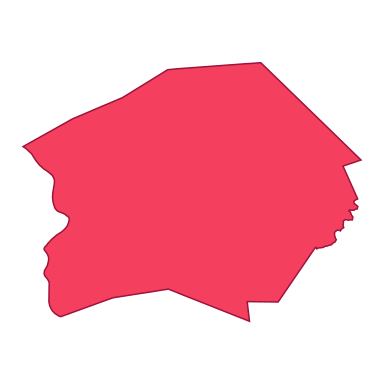 Corrente, Piauí, Brazil
{"feature_id": "56859067B28200345020958", "entity_name": "Corrente", "entity_type": "district", "adm_level": 2, "iso_a3": "BRA", "parent_name": "Brazil", "parent_adm1": "Piauí", "projection": "mercator", "projection_center": [-45.151, -10.393], "detail": "fine", "context": "isolated", "style": "filled", "palette": "rose", "viewbox_px": 384, "rotation_deg": 0, "n_neighbors": 0, "source": "geoboundaries", "source_scale": "gbopen_adm2", "svg_char_len": 1624}
<svg xmlns="http://www.w3.org/2000/svg" viewBox="0 0 384 384"><path d="M361.0,160.0L304.9,105.5L288.9,90.0L260.8,62.7L249.9,63.5L244.6,63.8L232.6,64.7L209.7,66.4L178.4,68.7L167.7,69.7L122.5,97.6L104.6,105.2L96.1,108.8L72.6,118.8L23.0,146.6L25.9,148.5L31.5,153.7L35.9,160.6L39.5,165.1L43.5,168.7L47.8,171.6L52.3,175.4L54.1,178.8L54.5,180.8L54.3,183.9L52.8,192.8L52.6,195.9L52.5,197.3L53.1,202.3L54.1,205.6L55.1,208.5L56.9,210.5L58.0,211.4L62.7,213.2L65.2,214.4L66.3,215.5L67.7,216.4L69.0,217.7L69.2,219.1L68.9,221.4L67.7,224.9L66.9,226.5L65.2,228.6L62.3,231.4L56.6,235.1L51.9,239.1L47.7,243.6L46.6,245.2L44.7,247.2L44.0,248.9L44.5,250.2L45.8,251.8L47.2,253.9L48.1,255.8L48.6,257.8L48.6,259.6L48.2,262.3L47.2,266.0L44.5,270.5L44.1,273.2L44.6,275.6L47.3,278.9L48.5,280.8L49.2,282.7L48.9,301.8L49.6,305.4L51.3,309.2L52.5,311.0L54.7,313.3L58.4,315.8L60.7,316.7L109.2,299.1L113.4,297.7L158.3,290.7L159.9,290.4L168.4,289.1L182.3,294.7L207.1,304.5L249.5,321.3L247.2,301.6L278.1,302.0L291.9,281.8L314.5,248.7L315.7,247.4L316.9,248.9L318.1,248.0L320.6,247.8L323.5,247.3L325.0,246.3L326.6,246.2L328.3,245.6L329.9,245.1L331.4,244.8L333.0,243.1L335.1,241.9L336.3,239.7L335.4,238.1L334.7,235.6L334.5,234.0L334.7,232.2L337.1,230.2L338.9,230.3L340.5,230.9L341.3,229.2L343.8,227.6L343.1,225.8L343.3,223.9L343.5,220.8L345.6,219.6L348.5,220.2L350.6,219.8L352.4,219.9L352.9,217.0L351.5,215.0L351.0,213.7L350.2,211.8L348.9,210.9L349.9,209.8L351.3,210.3L354.0,210.2L355.5,209.2L357.3,208.9L357.8,206.4L355.8,204.7L353.9,203.2L354.2,200.8L356.0,199.7L357.7,198.9L343.0,166.1L361.0,160.0Z" fill="#f43f5e" stroke="#9f1239" stroke-width="1.5"/></svg>